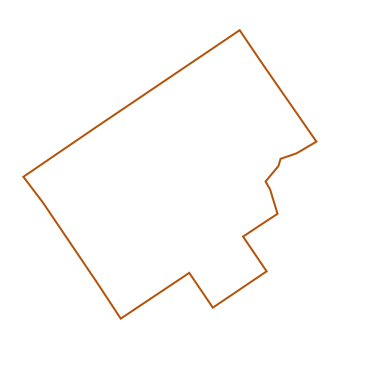 Bureau, Illinois, United States of America, rotated 326°
{"feature_id": "52423323B68616856525680", "entity_name": "Bureau", "entity_type": "district", "adm_level": 2, "iso_a3": "USA", "parent_name": "United States of America", "parent_adm1": "Illinois", "projection": "equal_earth", "projection_center": [-89.465, 41.367], "detail": "fine", "context": "isolated", "style": "outline", "palette": "amber", "viewbox_px": 384, "rotation_deg": 326, "n_neighbors": 0, "source": "geoboundaries", "source_scale": "gbopen_adm2", "svg_char_len": 410}
<svg xmlns="http://www.w3.org/2000/svg" viewBox="0 0 384 384"><g transform="rotate(326 192 192)"><path d="M147.4,84.6L60.7,85.1L62.5,117.4L62.6,214.5L62.1,257.1L144.5,257.5L144.6,299.5L209.5,299.5L209.4,257.5L236.7,257.7L250.7,257.9L258.1,233.9L258.9,224.4L278.2,218.8L284.0,214.0L300.3,218.4L323.3,219.8L322.1,128.4L322.0,102.4L322.0,84.5L147.4,84.6Z" fill="none" stroke="#b45309" stroke-width="2"/></g></svg>